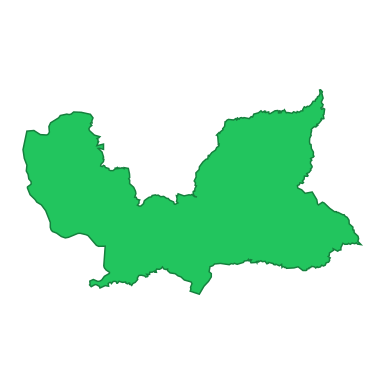 the district of Tsana-Talana, Mafeteng, Lesotho, rotated 90°
{"feature_id": "5366337B43460203285745", "entity_name": "Tsana-Talana", "entity_type": "district", "adm_level": 2, "iso_a3": "LSO", "parent_name": "Lesotho", "parent_adm1": "Mafeteng", "projection": "robinson", "projection_center": [27.304, -29.791], "detail": "fine", "context": "isolated", "style": "filled", "palette": "green", "viewbox_px": 384, "rotation_deg": 90, "n_neighbors": 0, "source": "geoboundaries", "source_scale": "gbopen_adm2", "svg_char_len": 6004}
<svg xmlns="http://www.w3.org/2000/svg" viewBox="0 0 384 384"><g transform="rotate(90 192 192)"><path d="M284.9,294.4L286.7,292.8L284.6,289.0L284.7,287.6L286.3,284.7L288.0,284.0L285.6,278.8L286.2,275.4L283.5,275.8L282.4,274.3L282.4,273.4L283.6,272.6L281.5,270.8L281.3,269.1L281.8,267.7L283.2,267.2L283.2,266.5L281.3,265.0L282.4,261.4L282.0,258.4L283.2,258.0L283.8,256.5L283.0,254.9L283.2,254.3L284.4,254.4L284.5,253.3L285.4,252.3L283.5,251.1L282.4,248.8L279.5,246.3L278.1,246.7L275.5,245.2L275.2,242.7L276.0,239.2L277.0,238.4L276.6,236.5L275.9,236.0L274.3,237.3L274.4,234.4L272.3,234.3L272.1,231.6L271.0,229.2L272.2,229.2L272.3,227.6L270.5,228.1L269.1,227.4L269.3,224.5L268.5,222.9L266.9,221.6L268.9,220.2L269.5,218.2L269.1,216.4L270.5,216.5L272.9,213.9L273.7,208.7L275.8,206.1L276.9,203.0L280.0,199.7L281.9,193.0L283.6,192.0L287.4,193.5L289.0,193.1L291.2,193.8L294.2,184.7L286.2,180.0L281.4,175.5L276.9,172.7L273.6,172.7L271.7,174.9L266.6,174.0L265.7,171.2L264.0,169.5L263.4,163.6L264.7,154.7L263.6,153.0L264.0,150.7L263.3,149.7L264.3,146.8L262.4,140.6L261.0,139.6L260.6,136.5L259.4,135.6L260.8,135.0L259.6,133.8L259.8,132.5L261.7,133.6L262.8,133.0L262.5,128.6L261.7,127.6L262.9,127.0L261.5,126.6L261.2,125.7L261.9,125.4L260.7,123.1L261.7,121.7L261.3,118.9L263.8,117.1L263.3,115.8L262.5,115.7L262.6,114.5L263.6,110.6L264.4,110.5L264.7,109.6L264.8,108.6L264.2,108.1L265.8,104.6L264.4,102.4L267.3,102.0L266.6,101.4L266.7,100.4L267.5,99.4L267.3,98.4L268.3,97.6L267.9,90.0L266.8,85.9L270.5,81.1L270.5,78.0L270.2,77.3L269.2,77.2L268.6,75.0L267.7,74.9L267.5,73.3L266.4,72.5L266.8,69.5L268.0,68.3L266.8,66.8L267.5,66.0L266.9,63.6L265.2,62.3L266.0,60.6L265.2,58.8L262.8,57.8L262.2,55.5L260.6,54.4L258.9,54.6L257.9,53.8L256.4,55.8L255.6,54.8L252.9,54.5L250.3,50.5L248.8,50.8L251.2,46.3L250.2,45.0L249.9,43.1L247.6,43.1L243.3,41.1L244.3,39.2L244.2,36.3L243.4,35.5L244.3,33.7L243.1,31.9L243.7,29.2L242.9,27.6L244.1,26.5L244.6,23.0L241.3,26.2L238.8,25.4L236.2,26.0L232.6,29.8L230.1,30.0L229.8,31.2L227.1,31.1L223.8,34.8L220.2,35.0L217.3,36.9L216.4,38.7L214.7,39.9L214.8,41.1L212.3,46.1L212.5,47.1L211.7,47.6L211.7,49.6L208.3,54.3L203.0,59.8L202.2,61.6L204.9,65.5L203.9,66.5L199.7,67.2L192.0,71.8L193.3,78.9L189.8,82.3L188.1,86.2L185.5,86.6L184.7,84.7L182.8,84.0L183.4,81.5L182.6,80.5L181.0,81.6L179.1,79.9L176.1,79.6L176.3,76.4L175.5,76.0L173.6,77.3L172.5,75.0L170.0,73.0L169.0,73.5L167.6,72.1L166.3,71.9L163.6,73.5L161.6,73.5L160.2,72.2L158.5,73.4L157.2,70.8L156.2,70.0L155.4,70.7L152.1,70.6L148.6,72.6L144.5,73.0L144.0,74.2L141.9,74.5L138.2,74.3L135.2,72.8L134.4,73.3L130.7,72.4L129.5,72.8L127.5,70.9L126.5,69.1L127.0,68.2L125.4,66.4L125.1,67.4L124.2,67.2L123.7,65.5L120.2,62.6L119.3,63.1L118.3,62.4L119.0,61.3L118.6,60.1L114.9,60.8L114.4,60.1L109.1,59.4L108.4,60.5L109.3,62.3L108.7,62.9L107.6,63.0L107.0,61.6L104.6,60.9L103.2,62.3L101.8,62.6L98.1,60.9L93.3,62.2L91.8,61.6L89.8,63.4L90.0,64.4L93.3,63.9L95.9,64.9L96.8,66.5L98.7,67.2L99.4,68.5L101.1,68.7L101.3,70.9L104.3,72.6L106.5,75.0L106.3,76.7L107.5,78.1L106.8,79.7L109.6,81.3L110.7,81.2L111.0,83.2L112.3,84.8L111.5,86.8L112.8,87.5L111.8,90.4L113.3,92.0L112.5,96.2L112.8,97.7L109.8,99.6L110.6,100.1L110.7,101.7L112.5,102.9L111.2,103.3L110.9,104.2L112.9,104.5L112.9,105.5L111.1,105.5L110.5,106.2L110.8,109.0L113.6,113.7L113.7,114.9L111.9,115.3L112.6,118.3L112.3,119.0L111.3,118.5L111.0,119.3L112.3,121.5L110.8,123.0L112.8,125.5L114.1,130.2L117.0,131.4L116.6,132.8L118.6,134.8L117.6,140.0L118.2,141.1L117.6,142.3L117.8,143.8L119.1,144.8L117.9,146.6L118.4,147.0L119.2,146.4L120.0,147.3L118.7,148.4L120.0,150.4L119.4,155.5L120.3,157.2L121.8,158.3L121.8,158.9L126.4,159.4L128.7,161.3L129.7,161.0L131.9,163.7L133.3,164.3L132.6,165.0L135.1,167.4L135.3,166.7L136.8,166.2L143.5,165.7L143.8,165.0L144.7,165.7L145.1,164.9L146.3,165.4L147.5,167.3L150.1,168.5L152.6,172.2L155.3,174.3L155.4,175.2L156.2,174.9L155.9,175.8L158.8,176.2L159.3,178.1L162.0,181.1L166.8,184.6L169.5,184.8L172.9,188.1L177.1,187.9L181.0,189.8L182.8,188.5L185.4,188.9L185.9,187.6L188.3,189.0L191.3,189.4L191.2,190.5L191.9,190.9L194.7,190.5L196.4,189.2L197.0,187.0L196.6,189.6L194.4,192.0L195.1,193.4L194.8,195.0L195.9,199.9L193.8,205.9L195.8,206.4L195.6,207.6L198.8,206.9L201.6,207.5L202.9,206.1L204.3,208.8L204.0,209.7L201.9,210.4L200.2,214.3L198.4,215.9L198.4,217.3L196.4,220.3L196.7,223.3L195.1,225.8L195.4,227.6L194.9,228.6L195.5,231.9L196.8,232.5L197.3,235.0L199.9,238.7L200.8,239.7L203.7,240.5L206.1,243.2L206.1,244.8L205.1,246.6L203.1,245.0L201.1,245.0L200.0,244.3L199.3,246.9L197.3,247.8L197.2,249.3L193.6,248.1L191.2,248.5L187.3,250.3L183.6,254.4L180.2,254.3L178.7,255.3L177.6,254.3L174.0,254.5L168.4,255.7L167.6,260.0L168.6,260.0L167.8,261.8L168.5,265.1L167.9,265.2L168.4,266.1L167.7,266.5L168.3,266.9L167.8,267.1L168.4,267.7L168.0,267.8L168.2,268.9L168.9,268.8L170.6,270.9L170.6,273.7L170.0,274.9L168.5,275.2L167.5,278.6L165.9,279.4L165.4,280.6L166.6,281.8L166.0,283.4L164.4,283.1L161.7,280.6L159.3,280.1L159.1,280.9L158.0,280.9L157.2,280.4L152.0,282.0L148.4,285.9L148.2,284.6L149.4,280.5L144.1,280.5L145.7,287.2L141.8,285.5L141.8,286.2L140.0,285.9L138.5,287.0L137.9,285.3L136.7,284.1L135.1,289.6L130.6,294.5L128.8,295.2L126.7,293.9L125.5,292.2L123.7,293.6L122.9,293.2L122.9,291.9L121.0,292.2L117.9,291.0L114.3,293.6L112.3,302.8L112.0,310.4L114.0,312.7L114.6,314.8L114.1,317.2L115.5,323.7L117.8,325.3L122.8,333.4L126.5,335.1L132.2,334.6L134.4,336.0L135.0,337.4L134.6,343.7L130.5,350.1L131.1,357.1L149.6,361.0L158.4,359.7L165.2,357.1L171.0,357.7L174.4,355.9L178.9,355.2L181.5,353.0L183.3,352.8L184.4,353.1L186.9,356.5L187.9,356.6L194.7,353.9L199.6,348.9L202.1,347.2L204.9,342.6L210.7,338.3L222.4,333.7L227.4,333.7L229.9,332.9L231.5,331.5L233.1,327.4L236.5,322.7L237.9,318.7L237.3,315.5L233.4,306.1L233.3,303.7L234.7,297.9L235.6,295.9L245.3,287.6L246.3,285.5L246.2,278.8L265.8,280.2L267.7,279.7L270.0,277.9L272.3,274.5L273.4,274.6L276.3,279.6L280.0,282.3L281.2,284.4L281.4,286.2L279.5,290.7L281.1,294.2L284.3,293.9L284.9,294.4Z" fill="#22c55e" stroke="#15803d" stroke-width="1.5"/></g></svg>